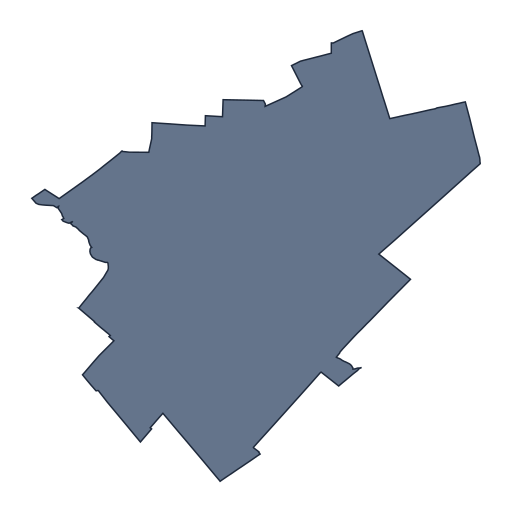 the district of Petrachioaia, Ilfov, Romania
{"feature_id": "2599482B53954668792561", "entity_name": "Petrachioaia", "entity_type": "district", "adm_level": 2, "iso_a3": "ROU", "parent_name": "Romania", "parent_adm1": "Ilfov", "projection": "natural_earth1", "projection_center": [26.331, 44.59], "detail": "fine", "context": "isolated", "style": "filled", "palette": "slate", "viewbox_px": 512, "rotation_deg": 0, "n_neighbors": 0, "source": "geoboundaries", "source_scale": "gbopen_adm2", "svg_char_len": 4686}
<svg xmlns="http://www.w3.org/2000/svg" viewBox="0 0 512 512"><path d="M331.4,42.9L331.4,43.0L331.3,43.4L331.3,44.0L331.3,45.2L331.3,48.6L331.3,52.4L331.3,53.2L329.5,53.7L327.8,54.1L323.7,55.2L321.8,55.7L319.9,56.2L316.6,57.0L312.8,58.0L305.7,59.8L303.3,60.4L301.2,61.0L300.6,61.1L291.5,65.6L298.6,79.6L300.7,83.7L301.8,85.6L302.4,86.2L302.3,86.6L300.4,87.9L286.1,96.9L265.1,106.4L265.2,105.4L265.4,104.2L264.7,102.8L263.5,100.5L249.3,100.2L223.1,99.7L222.5,116.7L205.4,115.7L205.1,125.9L204.3,125.9L204.1,125.9L187.1,125.1L171.5,124.0L170.4,123.9L170.2,123.9L157.8,123.1L152.0,122.7L152.0,124.1L151.9,131.6L151.8,135.2L151.7,136.2L151.7,138.7L149.5,148.7L148.8,152.3L129.3,152.2L128.5,152.1L126.7,151.9L124.0,151.6L122.6,151.5L122.3,151.4L122.2,151.0L121.9,151.0L121.6,151.2L119.9,153.0L117.4,155.0L109.8,161.1L104.2,165.5L102.6,166.8L99.5,169.3L94.1,173.4L83.0,181.6L59.1,198.6L57.0,197.2L46.8,190.7L44.9,189.4L44.5,189.7L43.7,190.2L42.3,191.2L40.9,192.1L39.5,193.1L38.9,193.5L38.1,194.0L37.5,194.4L35.9,195.4L35.5,195.7L34.4,196.5L33.8,196.9L32.9,197.6L31.8,198.3L36.0,203.2L38.7,204.4L42.4,204.9L46.0,205.2L53.4,205.6L56.9,207.7L57.9,207.3L58.1,206.5L58.6,206.3L58.1,208.2L61.0,212.5L61.7,213.6L62.4,216.0L62.8,216.4L63.8,218.5L61.8,219.6L62.0,219.8L62.7,220.7L63.2,221.2L67.1,222.7L68.9,223.2L69.5,223.1L70.2,222.7L72.2,221.7L72.3,221.8L71.0,223.0L70.8,223.4L70.9,223.8L72.6,225.3L72.7,225.7L74.2,226.4L75.7,226.9L78.2,229.1L79.3,230.4L80.7,231.6L83.6,234.0L87.1,236.7L87.8,238.1L88.7,240.2L88.6,240.4L88.9,241.9L89.3,243.1L90.2,245.4L91.7,247.4L90.8,247.8L90.1,249.2L89.9,251.5L90.4,253.8L91.1,255.0L92.2,256.8L92.7,257.3L95.7,259.3L95.8,259.4L96.3,259.6L97.1,259.8L97.4,260.0L97.7,260.1L97.8,260.0L102.3,261.4L105.4,262.4L107.4,262.4L107.7,262.7L107.9,263.1L108.0,263.3L108.1,264.6L108.2,265.4L108.3,266.3L108.3,267.3L108.3,267.9L108.3,268.5L107.9,270.1L107.2,271.3L106.8,271.9L103.5,277.5L92.2,291.6L89.4,294.8L86.6,298.4L81.6,304.5L80.6,305.8L78.8,308.1L78.7,308.1L79.0,308.3L80.8,309.9L82.1,311.0L85.5,313.9L89.0,316.9L90.9,318.5L93.7,320.9L94.5,321.6L94.3,321.9L94.6,322.2L94.9,322.5L96.9,324.2L99.9,326.8L101.7,328.3L104.2,330.3L105.7,331.6L108.3,333.7L110.3,335.5L109.0,336.6L111.5,338.8L113.2,340.2L113.9,340.8L103.0,351.7L100.4,354.3L99.8,354.9L99.1,355.6L97.1,357.9L92.4,363.3L84.8,372.2L82.5,374.8L86.5,379.7L88.6,382.2L90.1,384.0L91.1,385.2L92.0,386.2L92.9,387.2L94.6,389.2L96.0,390.8L96.6,390.8L97.3,390.6L98.1,390.5L98.5,390.8L98.7,391.0L100.0,392.8L101.5,394.7L107.5,402.4L117.1,413.9L127.6,426.5L130.8,430.4L140.4,442.0L151.6,428.9L150.2,427.8L159.3,417.3L162.9,413.3L178.3,431.6L184.1,438.4L193.3,449.3L202.5,460.2L215.7,476.0L219.6,480.6L220.1,481.3L222.5,479.6L226.0,477.2L233.3,472.3L236.5,470.1L251.0,460.3L251.3,460.1L252.2,459.5L256.9,456.2L260.1,454.1L259.8,453.6L259.2,452.9L258.8,452.4L258.6,452.1L258.6,451.9L258.8,451.8L258.7,451.7L257.7,450.9L256.2,449.8L253.6,447.8L253.4,447.3L263.6,436.0L265.8,433.6L277.6,420.5L289.1,407.7L290.9,405.7L303.9,391.2L312.0,382.1L320.1,372.9L321.1,372.1L338.7,386.0L342.9,382.4L345.4,380.4L348.7,377.6L351.9,374.9L353.0,374.0L354.5,372.8L357.4,370.6L357.6,370.4L359.1,368.7L361.6,367.5L359.6,368.0L358.8,368.0L357.4,368.1L355.3,368.8L353.6,369.1L352.9,369.1L352.9,368.6L352.9,367.9L352.5,367.4L351.6,365.8L350.7,364.8L349.6,363.9L348.6,363.4L347.6,362.9L346.4,362.3L345.3,361.8L344.2,361.4L343.3,360.9L342.3,360.4L340.9,359.4L340.5,359.1L340.0,358.9L339.6,358.6L338.7,358.3L337.9,358.0L336.7,357.5L336.3,357.2L339.7,353.0L339.9,352.2L342.7,348.9L353.4,337.4L355.0,335.7L357.3,333.3L361.5,329.2L364.7,325.9L365.2,325.4L366.4,324.1L369.3,321.3L385.9,304.2L387.9,302.1L410.5,279.3L410.4,279.2L401.5,272.1L378.8,254.1L379.3,253.7L383.8,249.7L394.8,240.1L409.2,227.2L428.7,209.8L440.1,199.6L443.8,196.3L455.9,185.4L460.6,181.2L462.7,179.3L471.6,171.3L475.8,167.6L480.0,163.9L480.2,163.7L480.2,163.4L480.2,163.0L480.2,162.9L480.1,162.5L480.0,162.2L479.9,160.0L479.9,159.4L479.6,157.2L479.1,155.7L478.2,152.2L476.9,147.0L476.6,146.1L476.4,145.2L474.4,137.7L470.8,122.9L469.5,117.6L469.1,116.2L465.3,101.9L462.3,102.5L459.1,103.3L457.1,103.7L455.2,104.1L452.7,104.7L450.3,105.3L445.2,106.4L442.9,106.8L439.6,107.4L437.4,107.8L436.7,108.0L436.3,108.2L435.7,108.6L435.0,108.8L433.6,109.1L430.4,109.7L428.2,110.2L423.0,111.4L416.4,112.9L414.3,113.3L412.8,113.7L409.8,114.3L404.8,115.3L403.8,115.5L402.7,115.8L401.6,116.0L399.7,116.4L399.5,116.5L390.8,118.4L389.8,118.6L389.6,118.0L384.3,101.1L383.2,97.8L380.7,89.7L379.0,84.2L378.9,84.0L369.8,55.0L364.8,39.1L362.9,32.9L362.3,30.9L362.1,30.7L353.0,33.6L346.9,36.4L343.4,38.1L338.6,40.4L333.3,43.0L332.7,43.0L331.4,42.9Z" fill="#64748b" stroke="#1e293b" stroke-width="1.5"/></svg>